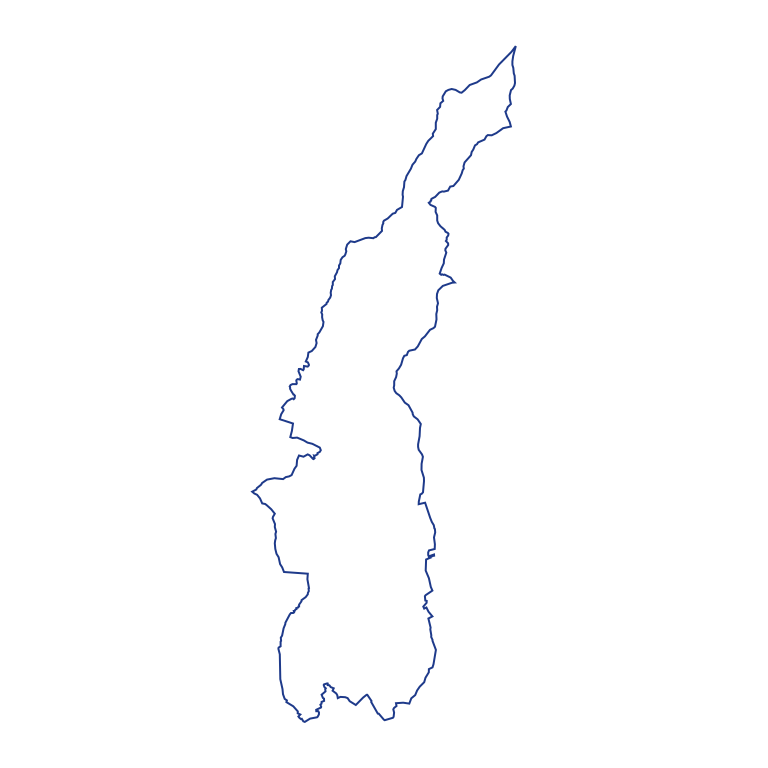 Musetesti, Gorj, Romania
{"feature_id": "2599482B16090003119204", "entity_name": "Musetesti", "entity_type": "district", "adm_level": 2, "iso_a3": "ROU", "parent_name": "Romania", "parent_adm1": "Gorj", "projection": "albers", "projection_center": [23.469, 45.217], "detail": "fine", "context": "isolated", "style": "outline", "palette": "blue", "viewbox_px": 768, "rotation_deg": 0, "n_neighbors": 0, "source": "geoboundaries", "source_scale": "gbopen_adm2", "svg_char_len": 6098}
<svg xmlns="http://www.w3.org/2000/svg" viewBox="0 0 768 768"><path d="M433.5,664.2L435.9,649.9L432.5,640.8L432.5,639.8L431.2,637.0L431.3,635.3L430.3,629.3L430.6,627.6L428.4,618.5L432.4,616.4L428.5,611.7L426.4,607.5L424.2,608.6L423.3,606.6L426.6,602.8L426.7,600.9L425.3,600.5L424.9,596.2L425.6,595.2L432.4,590.6L430.8,586.9L428.9,578.2L425.7,570.6L426.1,559.5L429.9,557.9L429.0,557.6L428.8,556.7L434.1,555.7L434.0,554.5L429.2,556.2L428.2,555.1L428.2,552.4L429.0,550.4L434.7,549.0L434.9,544.3L434.0,537.4L435.2,532.4L434.9,529.0L434.4,528.5L433.8,525.2L431.8,521.9L430.2,517.9L425.1,502.7L418.7,504.2L418.8,501.6L420.3,494.4L421.7,493.8L423.0,492.3L424.0,481.1L423.9,477.7L421.5,470.0L421.6,463.8L422.9,456.8L422.0,454.4L418.7,449.8L418.1,446.9L418.1,444.3L419.6,436.2L420.0,427.9L420.8,424.0L417.6,419.3L413.8,416.4L412.7,414.1L412.6,412.7L408.5,405.2L404.8,402.6L401.3,397.4L399.3,395.3L396.3,393.2L394.7,391.0L393.7,387.7L394.2,385.3L394.2,381.2L396.1,377.1L396.8,373.6L396.5,371.3L398.9,368.5L401.1,364.8L403.0,358.3L404.3,355.8L406.8,355.1L408.0,351.9L409.3,350.7L415.0,349.5L417.8,346.4L421.8,339.0L424.9,336.4L430.0,329.8L433.5,328.1L435.0,326.7L436.5,319.4L436.3,314.0L437.2,310.2L437.0,306.7L438.0,303.3L436.8,298.0L437.0,294.0L438.3,290.3L442.8,285.9L452.2,282.7L454.7,282.5L453.0,280.9L450.7,277.6L444.6,274.6L443.5,274.9L442.0,274.3L441.2,274.8L439.7,273.6L441.6,268.0L443.8,263.3L444.0,259.6L446.3,252.6L445.3,250.3L445.5,248.7L448.2,245.0L448.1,243.3L445.9,241.0L446.7,239.8L446.7,237.5L448.2,235.5L448.5,233.8L447.9,233.0L445.5,231.7L444.6,229.8L440.5,226.3L438.1,223.2L437.2,220.5L437.2,215.4L435.6,211.9L435.8,207.9L435.0,206.9L430.5,204.9L428.8,202.8L430.6,201.5L430.7,200.6L431.2,200.4L431.3,199.1L431.9,198.6L435.2,196.9L439.3,192.6L442.2,191.4L443.9,191.6L448.0,190.6L450.2,186.6L453.4,186.0L458.8,179.8L461.7,173.5L462.7,170.1L463.8,168.6L463.5,166.3L464.6,162.4L471.0,155.2L471.7,151.9L473.2,149.7L475.0,145.4L477.0,144.2L478.1,142.4L484.5,139.6L486.4,136.2L487.8,135.1L491.7,135.3L496.3,133.1L503.1,128.2L510.9,126.5L509.7,122.0L507.0,116.5L505.4,111.6L506.4,110.6L507.8,107.0L510.9,104.0L509.8,99.0L509.7,95.4L511.0,90.1L512.7,88.6L514.4,85.6L515.0,83.0L514.6,75.7L513.8,73.4L513.3,67.9L512.4,65.0L512.4,61.3L513.2,55.9L515.8,46.1L511.6,51.7L499.0,64.5L491.0,75.4L489.2,76.7L481.1,79.5L476.9,82.4L469.7,85.0L464.8,90.1L461.6,92.7L459.8,92.4L455.6,89.9L451.7,89.0L448.4,89.9L445.8,91.3L442.7,96.4L442.5,98.4L443.2,100.9L440.4,103.3L440.1,106.9L437.1,110.0L437.8,113.8L437.2,115.0L437.2,118.7L435.8,122.7L435.8,129.1L432.8,133.7L433.1,136.1L428.3,140.8L426.3,143.9L421.9,153.4L418.9,155.2L416.4,158.9L415.2,161.6L412.5,164.7L410.9,168.7L406.5,176.1L405.4,180.0L404.4,181.5L404.0,187.2L402.8,191.2L402.6,194.8L403.0,196.7L402.0,207.0L397.0,209.9L395.3,212.9L392.7,213.7L387.7,218.5L383.9,220.7L383.2,222.1L383.3,223.4L382.5,224.9L381.8,228.3L382.0,230.9L375.9,237.1L374.5,237.3L373.4,238.2L368.6,237.7L365.3,238.1L354.6,242.1L350.5,241.3L347.2,244.6L345.8,249.1L346.3,251.3L345.3,254.5L344.6,255.8L342.5,257.2L340.7,259.9L340.3,263.4L339.0,265.5L339.0,268.1L337.5,270.1L337.0,272.3L334.8,276.3L335.0,279.1L332.8,282.0L332.8,285.0L332.1,286.1L331.9,288.7L331.2,289.8L330.7,292.8L331.0,295.2L330.2,297.6L328.4,300.0L328.0,301.6L326.7,302.7L326.5,304.0L321.8,307.7L322.0,310.8L321.3,312.4L322.2,314.4L322.1,317.2L322.7,320.3L323.5,321.9L322.9,326.2L319.3,332.5L317.7,334.2L317.7,335.6L316.0,339.9L316.6,343.1L315.4,347.0L311.8,351.0L308.4,352.6L307.8,357.0L305.8,361.5L307.9,362.4L308.9,364.7L308.8,365.5L307.7,366.6L304.0,366.0L303.7,369.4L303.1,370.2L300.5,368.9L298.9,369.0L298.5,371.3L300.7,376.7L300.0,379.6L297.7,379.1L296.7,379.7L296.3,380.6L296.8,383.3L296.4,384.1L292.5,384.1L290.6,385.0L289.7,386.5L290.1,387.3L290.1,388.8L291.2,390.9L293.5,394.6L294.0,394.6L294.9,395.7L294.6,398.3L293.7,399.2L292.8,398.5L291.5,398.8L287.3,401.1L282.0,407.5L283.5,409.3L283.6,410.3L281.2,414.2L279.7,419.2L293.0,423.5L291.9,430.9L290.3,437.1L292.6,438.0L297.1,437.6L303.8,440.4L307.5,442.6L312.3,443.8L319.8,447.6L320.8,450.2L319.8,451.9L317.5,453.1L317.5,454.3L314.8,455.8L314.1,455.6L314.4,456.4L314.0,457.1L314.6,458.1L313.6,459.1L313.0,458.9L309.6,455.3L307.7,454.4L303.5,456.7L299.0,455.5L297.1,459.9L296.6,465.8L294.5,468.7L291.6,475.1L289.1,476.4L285.8,477.1L283.1,479.1L274.4,478.2L267.0,479.6L262.1,483.0L261.1,484.7L256.9,488.1L256.3,489.5L252.2,491.7L254.3,493.5L257.1,494.8L260.0,498.4L262.2,503.4L265.2,504.0L266.5,505.0L271.3,509.3L274.8,513.7L273.0,516.8L272.6,518.3L275.0,524.1L274.8,527.0L276.1,531.7L275.4,534.0L275.9,538.1L275.2,540.3L274.8,543.3L275.3,548.9L276.5,553.8L278.6,557.2L280.1,564.1L282.2,567.4L284.0,572.0L307.8,573.7L307.4,579.2L309.0,588.2L308.6,588.5L308.8,591.1L307.9,592.9L307.8,594.3L305.7,597.1L301.6,600.1L301.4,601.4L299.1,604.6L299.1,606.3L298.6,606.3L298.1,607.5L296.3,608.1L296.5,609.0L295.3,609.7L294.6,611.0L293.8,611.0L294.1,612.4L293.1,613.0L291.0,613.0L289.8,614.4L285.4,622.7L285.3,624.1L283.6,628.3L282.1,635.6L280.8,637.7L281.1,640.9L280.6,641.6L280.6,646.3L278.6,647.6L278.4,648.8L279.8,654.3L280.3,679.2L282.5,689.1L283.0,694.2L284.7,698.9L286.9,700.4L286.4,702.1L293.3,706.3L297.8,711.4L297.7,713.3L300.3,714.5L298.4,716.5L299.4,717.8L301.0,719.1L301.8,718.8L303.3,721.3L304.8,721.9L310.1,718.6L317.0,717.3L317.7,716.7L318.9,714.4L319.0,712.6L318.3,711.2L316.3,711.2L316.2,709.8L321.0,707.5L321.2,706.8L320.4,704.7L321.5,703.7L321.6,701.9L324.1,700.9L324.0,698.6L322.9,697.9L321.6,694.7L325.5,691.4L325.2,689.1L325.8,688.3L324.4,687.0L323.7,685.0L324.0,684.4L327.2,683.4L327.7,683.5L327.7,685.1L329.4,685.3L330.7,687.1L333.7,688.3L332.6,690.7L336.3,693.5L337.3,695.3L337.8,698.1L340.4,696.9L345.2,697.2L347.6,698.1L349.7,701.2L355.8,705.0L363.2,697.5L366.6,694.8L367.3,694.8L371.5,701.0L371.2,702.0L377.8,713.6L378.8,713.7L383.8,719.6L384.7,720.2L392.9,717.8L393.6,716.8L394.1,712.6L393.3,709.3L394.1,707.9L396.5,706.0L396.0,703.2L403.2,702.7L409.3,703.6L411.3,698.3L415.2,695.1L417.1,690.5L419.7,686.7L424.2,682.2L425.5,677.7L428.8,672.3L428.9,669.1L432.5,667.4L433.5,664.2Z" fill="none" stroke="#1e3a8a" stroke-width="2"/></svg>